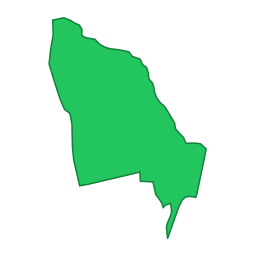 the district of Kamukunji, Nairobi, Kenya, rotated 269°
{"feature_id": "3690345B2174573011329", "entity_name": "Kamukunji", "entity_type": "district", "adm_level": 2, "iso_a3": "KEN", "parent_name": "Kenya", "parent_adm1": "Nairobi", "projection": "orthographic", "projection_center": [36.857, -1.275], "detail": "fine", "context": "isolated", "style": "filled", "palette": "green", "viewbox_px": 256, "rotation_deg": 269, "n_neighbors": 0, "source": "geoboundaries", "source_scale": "gbopen_adm2", "svg_char_len": 1122}
<svg xmlns="http://www.w3.org/2000/svg" viewBox="0 0 256 256"><g transform="rotate(269 128 128)"><path d="M237.2,54.6L222.6,54.9L214.7,53.3L207.8,52.0L193.4,50.2L176.0,55.1L158.1,60.6L147.6,64.9L143.6,70.2L132.6,72.0L110.7,72.1L104.8,72.5L96.6,73.2L92.4,74.1L71.0,78.7L72.5,87.6L83.7,139.1L74.4,139.4L74.1,145.9L73.6,151.9L70.0,152.8L60.9,154.6L56.5,157.9L52.8,160.2L47.9,161.8L50.4,164.5L51.9,169.1L46.9,170.0L42.5,170.0L37.3,168.1L32.1,165.7L28.2,164.7L16.7,165.6L36.5,173.0L47.6,177.2L54.5,180.6L57.6,183.8L58.6,187.8L57.5,194.6L62.0,196.0L71.0,198.0L97.6,204.1L105.8,205.8L111.0,200.1L111.6,195.6L111.9,190.4L111.5,185.8L117.4,183.4L123.2,178.1L126.5,175.5L132.1,174.7L136.9,172.0L141.8,169.2L146.3,166.6L149.6,164.3L152.1,161.3L157.0,157.6L162.8,155.3L168.3,154.5L172.3,153.4L177.0,149.7L182.6,149.3L188.3,147.6L191.2,143.6L196.6,141.4L199.5,133.5L204.2,130.2L205.3,125.4L206.3,120.8L207.0,115.9L207.5,111.7L209.4,105.9L212.7,100.5L217.3,96.5L218.1,92.4L219.0,87.3L221.4,83.3L227.2,83.7L231.7,81.3L233.8,76.6L236.4,72.8L237.9,69.4L239.3,65.6L237.2,54.6Z" fill="#22c55e" stroke="#15803d" stroke-width="1.5"/></g></svg>